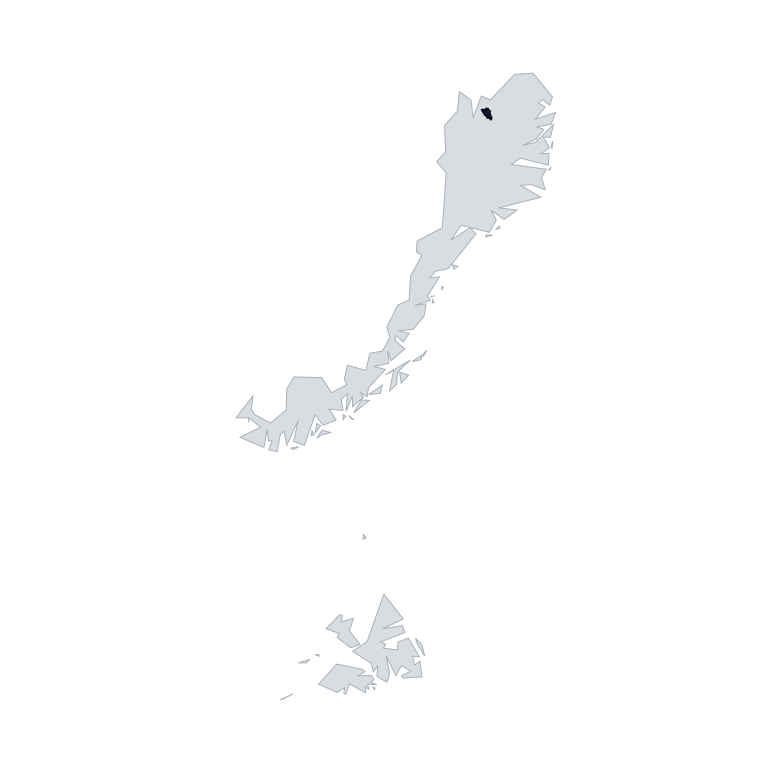 location of Kongsberg nor, Buskerud, Norway, rotated 186°
{"feature_id": "86288312B15384371721411", "entity_name": "Kongsberg nor", "entity_type": "district", "adm_level": 2, "iso_a3": "NOR", "parent_name": "Norway", "parent_adm1": "Buskerud", "projection": "albers", "projection_center": [9.617, 59.595], "detail": "fine", "context": "in_parent", "style": "filled", "palette": "ink", "viewbox_px": 768, "rotation_deg": 186, "n_neighbors": 0, "source": "geoboundaries", "source_scale": "gbopen_adm2", "svg_char_len": 5685}
<svg xmlns="http://www.w3.org/2000/svg" viewBox="0 0 768 768"><g transform="rotate(186 384 384)"><path d="M435.1,369.8L420.9,379.6L424.1,384.1L422.3,398.7L403.4,395.7L401.3,413.1L389.0,416.6L383.0,430.9L387.2,441.3L378.5,463.9L367.8,470.0L368.8,494.1L359.8,515.8L365.5,518.8L366.0,529.6L342.3,545.5L344.2,600.4L354.8,610.7L346.9,621.3L350.8,647.5L339.5,663.0L339.5,682.6L327.1,675.3L323.3,658.3L317.3,680.6L307.9,677.6L286.4,705.7L268.3,708.7L246.4,687.0L248.4,678.7L255.5,683.3L259.7,679.6L252.7,676.4L261.1,663.3L241.6,672.0L244.9,659.9L258.7,655.6L251.6,653.9L258.2,643.4L271.0,635.8L258.6,640.1L242.6,659.9L244.3,646.8L251.5,646.2L244.1,636.3L251.9,629.6L244.1,630.7L243.4,618.8L272.1,622.9L280.4,615.6L245.1,614.5L248.9,606.0L244.0,594.1L258.9,597.7L268.9,595.8L247.5,586.1L288.4,571.2L270.0,570.9L281.6,560.2L295.5,568.0L289.5,558.6L295.2,545.9L323.9,549.9L332.6,533.9L314.6,548.5L308.2,542.9L332.2,505.5L344.8,501.4L349.5,494.2L339.9,496.4L350.0,476.1L346.8,472.1L361.4,465.5L350.6,468.1L351.1,456.1L360.6,441.6L375.5,438.1L364.2,437.0L369.4,427.8L377.1,433.7L377.8,428.6L367.0,421.1L379.4,407.9L383.8,417.5L381.3,405.1L395.7,400.4L384.1,398.6L399.0,378.8L399.5,369.6L406.4,373.2L403.1,368.5L412.9,358.0L414.1,368.9L418.8,353.0L419.3,370.5L425.0,364.3L422.0,353.4L436.1,353.2L427.8,343.1L440.3,336.6L449.3,346.2L456.8,314.6L467.9,317.6L465.4,339.0L474.2,313.2L478.6,326.8L481.8,323.0L483.3,305.5L491.7,306.5L489.3,316.0L493.0,315.2L495.5,327.0L496.8,308.3L521.6,316.0L502.1,328.1L514.5,336.3L527.5,334.9L513.2,358.4L513.2,344.9L509.6,340.0L492.6,333.3L478.6,348.0L480.2,368.4L474.4,381.6L446.7,383.8L435.1,369.8ZM350.0,87.7L360.5,92.5L360.7,102.7L364.7,96.8L367.6,104.9L387.3,114.9L373.8,126.3L362.2,174.9L340.2,152.3L360.0,140.4L340.5,145.5L337.2,139.1L360.3,127.1L355.1,125.4L357.0,121.2L342.8,121.0L343.1,128.8L333.2,133.9L320.4,116.4L327.3,116.1L324.2,107.8L319.3,112.0L315.6,96.7L334.4,93.5L336.0,95.8L327.6,100.9L336.9,106.0L341.8,95.2L353.2,113.7L348.1,96.1L350.0,87.7ZM369.9,74.9L387.1,82.2L389.5,71.5L391.6,72.2L391.5,78.0L398.4,72.4L417.7,78.7L401.7,100.5L376.0,98.0L372.8,95.9L379.1,91.1L366.2,92.7L362.8,89.1L366.1,86.0L360.0,84.3L368.9,83.7L367.1,78.8L370.9,80.7L369.9,74.9ZM389.4,118.2L404.0,126.9L402.5,131.3L416.1,134.5L404.0,149.9L401.1,149.4L401.8,143.0L389.8,147.7L392.8,135.0L380.7,122.7L389.4,118.2ZM375.8,398.6L383.9,393.3L360.2,410.6L371.9,397.4L371.5,385.0L377.8,377.8L375.8,398.6ZM386.7,374.3L397.9,372.0L385.6,382.8L386.7,374.3ZM396.9,366.1L411.2,352.1L404.5,365.8L396.9,366.1ZM315.1,117.7L323.9,129.3L326.1,134.4L319.1,128.7L315.1,117.7ZM366.9,386.7L369.8,397.5L360.4,395.5L366.9,386.7ZM445.2,322.8L440.8,331.7L432.0,330.1L441.2,326.7L445.2,322.8ZM447.4,328.1L446.6,337.6L442.6,335.9L447.4,328.1ZM349.7,412.1L358.5,409.1L349.1,416.9L349.7,412.1ZM453.2,59.9L441.9,66.2L453.4,59.3L453.2,59.9ZM432.1,98.5L440.1,97.7L429.0,102.4L432.1,98.5ZM462.0,312.7L467.5,309.2L469.9,310.5L462.0,312.7ZM451.0,325.0L450.7,330.0L448.2,326.3L451.0,325.0ZM420.8,344.4L421.5,349.3L418.8,348.0L420.8,344.4ZM388.7,227.6L388.7,232.2L385.6,228.9L388.7,227.6ZM424.3,107.7L420.6,108.1L419.9,106.6L424.3,107.7ZM326.4,505.5L328.4,509.6L322.9,508.8L326.4,505.5ZM410.0,345.1L413.4,346.4L415.7,349.0L410.0,345.1ZM361.7,78.9L363.4,81.4L361.1,80.7L361.7,78.9ZM298.0,542.9L291.5,543.3L298.3,540.9L298.0,542.9ZM288.6,549.5L286.0,553.0L285.0,551.1L288.6,549.5ZM347.7,418.1L344.9,422.2L347.9,415.4L347.7,418.1ZM242.7,637.8L241.5,643.4L241.5,636.0L242.7,637.8ZM344.3,473.0L342.8,469.8L344.7,469.9L344.3,473.0ZM514.5,331.5L515.0,335.5L514.6,334.9L514.5,331.5ZM346.2,476.1L342.8,477.0L346.9,475.3L346.2,476.1ZM336.3,484.0L336.7,487.2L335.0,486.3L336.3,484.0ZM242.4,614.0L240.5,617.3L241.1,614.5L242.4,614.0Z" fill="#d9dde1" stroke="#a8b0b8" stroke-width="1"/><path d="M315.5,667.0L315.4,666.9L315.3,666.7L315.2,666.5L315.2,666.4L315.1,666.2L314.9,665.8L314.7,665.5L314.5,665.4L314.4,665.3L314.3,665.1L314.2,665.0L314.1,664.9L314.0,664.7L313.9,664.5L313.8,664.4L313.7,664.2L313.5,663.9L313.4,663.9L313.2,663.8L313.2,663.7L313.0,663.4L312.9,663.4L312.5,663.0L312.5,662.9L312.4,662.8L312.3,662.6L312.1,662.3L312.1,662.2L311.9,662.0L311.9,661.9L311.7,661.9L311.4,661.8L311.3,661.7L311.1,661.7L310.9,661.6L310.7,661.6L310.6,661.4L310.3,661.2L310.2,661.2L310.0,660.9L309.9,660.9L310.0,660.9L309.9,660.9L309.7,660.8L309.8,660.8L309.7,660.7L309.6,660.4L309.5,659.9L309.5,659.7L309.4,659.6L309.3,659.4L309.2,659.4L309.1,659.5L308.9,659.7L308.8,659.8L308.7,659.8L308.7,659.7L308.7,659.8L308.5,659.7L308.4,659.6L308.4,659.4L308.2,659.3L307.5,659.5L306.9,659.5L306.6,659.3L306.6,659.2L306.4,659.1L306.3,658.9L306.2,658.8L306.2,658.7L305.9,658.5L305.9,658.4L305.5,658.1L305.4,658.0L305.2,657.9L305.1,658.0L304.9,658.3L304.9,658.5L304.8,658.8L304.8,659.0L304.8,659.3L304.7,659.5L304.8,659.6L304.7,659.7L304.7,659.8L304.8,659.8L305.0,659.8L304.9,659.9L304.9,660.0L304.7,660.5L304.9,660.6L305.7,660.8L305.7,661.1L305.7,661.3L305.7,661.5L305.9,661.8L306.0,662.1L306.0,662.4L306.1,662.6L306.2,662.8L306.2,663.0L306.3,663.2L306.3,663.3L306.4,663.5L306.5,663.7L306.5,663.8L306.6,664.0L306.7,664.4L306.7,664.5L306.8,664.6L307.3,665.1L307.0,665.7L306.9,666.0L306.6,666.4L306.7,666.6L307.5,666.6L307.9,666.6L308.2,667.0L308.4,667.2L308.3,667.3L308.3,667.5L308.5,667.7L308.7,667.9L308.9,668.0L309.0,668.4L309.5,668.9L309.8,668.8L310.1,668.8L310.8,668.8L311.3,668.8L311.2,668.4L311.2,668.0L311.0,667.4L311.1,667.5L311.9,667.1L312.0,667.1L312.2,667.3L312.3,667.3L312.7,667.4L312.9,667.4L313.2,667.5L313.3,667.5L313.5,667.4L313.6,667.2L313.8,667.1L314.0,667.1L314.3,667.1L314.5,667.2L314.6,667.3L314.8,667.4L314.9,667.2L315.0,667.2L315.3,667.1L315.5,667.0Z" fill="#0f172a" stroke="#020617" stroke-width="1.5"/></g></svg>